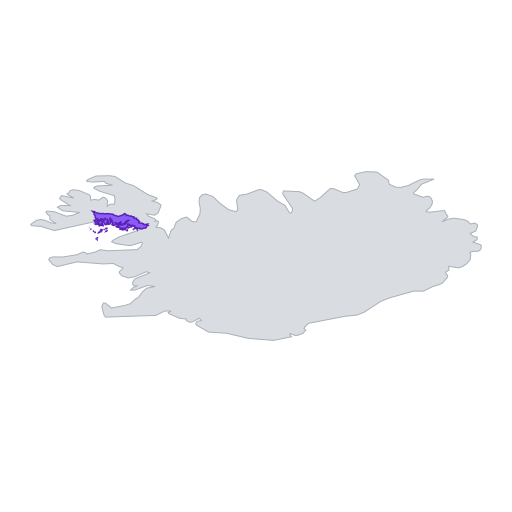 location of Reykhólahreppur, Vestfirðir, Iceland
{"feature_id": "244011B19971250001035", "entity_name": "Reykhólahreppur", "entity_type": "district", "adm_level": 2, "iso_a3": "ISL", "parent_name": "Iceland", "parent_adm1": "Vestfirðir", "projection": "robinson", "projection_center": [-22.458, 65.5], "detail": "fine", "context": "in_parent", "style": "filled", "palette": "violet", "viewbox_px": 512, "rotation_deg": 0, "n_neighbors": 0, "source": "geoboundaries", "source_scale": "gbopen_adm2", "svg_char_len": 9392}
<svg xmlns="http://www.w3.org/2000/svg" viewBox="0 0 512 512"><path d="M395.9,187.2L400.6,187.4L408.1,185.6L418.8,180.3L423.4,179.1L434.0,179.1L421.5,184.2L417.0,189.9L413.6,192.6L413.7,193.9L423.0,197.3L427.3,196.2L429.3,196.6L431.1,198.2L432.5,201.4L431.9,204.7L429.5,208.1L426.1,210.9L426.7,211.7L429.6,212.2L444.5,210.5L446.4,214.6L447.9,216.0L447.5,217.3L441.9,221.7L448.7,219.0L454.2,218.2L463.8,219.6L467.8,221.2L470.3,224.0L475.0,223.1L477.3,224.7L477.5,226.4L475.7,231.1L470.2,233.4L473.8,236.8L476.7,236.8L477.3,237.6L477.1,239.6L472.9,242.0L480.3,244.6L481.3,245.6L481.0,248.6L479.9,250.3L477.9,251.3L472.7,251.4L469.6,252.6L470.8,254.5L470.1,259.8L466.3,264.1L462.6,266.4L458.9,267.9L448.5,266.3L449.1,270.0L445.5,272.3L446.3,274.3L447.7,275.2L447.2,277.7L442.7,282.8L439.5,284.5L432.9,286.5L423.5,291.1L413.7,291.1L390.0,297.7L380.7,301.4L364.2,312.2L357.1,315.0L344.9,316.3L308.2,323.4L304.2,327.7L304.1,328.6L305.8,330.2L303.1,333.2L297.6,335.4L294.9,335.4L290.3,333.6L289.7,334.4L291.6,336.7L273.6,340.4L248.5,338.4L226.2,333.2L208.5,332.1L196.0,324.8L195.7,323.7L197.0,321.5L201.4,320.5L199.3,318.3L191.8,322.2L189.4,322.1L186.2,320.5L186.1,319.0L179.8,318.4L169.0,313.7L168.2,312.7L170.7,311.2L170.2,310.9L164.4,311.1L155.9,315.4L105.6,317.1L103.9,314.8L101.8,306.5L103.5,302.9L105.6,303.2L111.5,308.0L125.0,305.4L130.5,303.6L135.5,299.0L138.4,297.5L142.5,291.8L146.6,288.2L155.1,286.5L147.5,285.5L134.8,290.1L130.6,290.1L132.5,288.1L136.9,285.8L133.9,285.7L132.7,284.6L132.6,282.5L134.8,279.0L149.7,272.8L146.2,271.7L135.9,276.4L128.3,278.0L122.2,275.9L119.2,273.0L119.4,271.7L123.0,268.0L122.4,267.3L120.0,266.9L113.3,263.5L102.8,263.9L76.9,261.9L57.3,266.6L52.6,264.4L48.7,259.7L49.6,257.9L53.0,256.9L62.6,257.0L76.7,254.8L83.1,252.0L85.6,252.7L86.8,254.0L95.4,252.0L100.1,249.7L107.8,250.8L137.1,249.6L140.9,246.6L142.4,243.0L141.7,242.2L131.0,245.5L128.5,245.5L116.1,243.7L111.6,241.8L113.1,240.2L119.6,236.7L136.4,231.0L138.7,229.9L139.0,228.5L132.3,226.1L119.7,226.7L116.5,223.8L106.1,222.1L99.1,223.2L95.4,221.5L54.3,230.6L41.0,226.4L31.6,225.7L30.7,224.4L36.3,220.4L40.1,219.6L43.9,220.0L51.2,222.8L56.2,223.7L49.9,219.6L49.7,215.6L47.7,214.6L45.9,212.0L46.7,211.1L54.2,211.7L66.2,216.2L72.1,215.4L79.8,212.5L62.6,210.8L57.4,207.2L61.1,205.4L70.0,205.6L60.2,199.4L59.7,198.3L61.4,195.6L73.8,198.0L67.3,194.3L67.1,193.5L69.0,192.8L70.0,190.6L73.1,189.7L79.3,190.5L89.0,194.7L90.4,195.9L90.7,200.2L94.5,199.5L99.1,200.1L102.8,197.2L105.4,197.9L107.5,200.5L107.2,206.3L109.9,204.3L114.4,204.1L115.1,199.4L114.2,195.6L99.5,191.2L93.7,188.0L94.4,186.9L97.2,186.0L112.6,185.2L106.0,183.3L104.4,181.4L92.7,182.1L86.8,181.4L86.7,180.4L89.1,178.9L96.1,176.0L109.6,175.7L115.0,176.5L125.4,183.0L133.7,185.7L147.7,194.5L156.7,197.9L157.1,198.8L155.6,199.8L152.2,201.0L157.5,202.5L160.8,204.8L161.0,205.8L158.1,212.9L154.8,215.2L146.5,213.9L148.5,216.2L154.4,218.6L155.8,219.9L154.9,221.2L157.7,220.8L158.6,221.6L157.4,225.6L155.9,227.1L160.8,227.9L164.3,229.9L168.5,238.1L170.6,231.8L171.8,229.5L173.8,228.6L176.1,222.3L181.6,218.5L186.8,217.1L192.2,221.5L196.0,222.0L199.9,214.1L200.3,208.4L199.0,202.0L199.6,197.5L202.2,194.8L205.7,194.0L213.1,196.7L219.5,203.0L228.9,209.8L235.4,211.5L236.6,211.3L237.7,209.1L236.5,200.1L239.4,195.3L247.0,194.1L258.5,189.7L261.2,189.5L267.0,192.1L277.5,201.1L285.0,205.4L289.0,212.1L290.8,213.3L292.3,211.2L292.4,208.3L283.0,194.3L282.8,192.5L283.6,190.9L299.6,191.7L303.2,193.2L314.6,201.2L319.9,197.9L330.3,188.5L334.0,188.8L343.3,192.7L347.0,192.3L357.5,188.9L359.6,184.6L354.6,175.7L356.4,173.8L366.3,171.6L377.0,172.1L388.5,180.3L389.2,184.2L395.9,187.2Z" fill="#d9dde1" stroke="#a8b0b8" stroke-width="1"/><path d="M148.1,225.4L147.3,224.9L147.8,224.1L143.9,224.7L143.5,224.4L143.6,223.9L142.2,223.2L139.1,223.1L138.8,222.1L139.5,221.5L138.3,220.6L138.0,219.8L136.5,219.6L136.6,218.3L133.9,218.1L133.7,217.7L134.0,217.0L131.8,216.5L131.3,216.0L129.3,216.0L127.9,215.2L126.3,215.5L126.3,214.7L125.1,213.7L124.1,213.7L123.6,214.6L118.4,216.5L113.9,215.1L113.1,214.6L113.1,214.3L107.6,213.6L105.5,213.9L103.1,213.5L101.2,213.7L96.5,212.9L94.5,211.7L92.6,211.4L94.3,213.0L94.0,214.3L95.4,215.9L95.1,216.9L95.4,217.9L96.2,218.6L96.3,219.7L94.2,220.3L95.0,221.1L95.1,221.6L94.8,221.9L95.5,222.3L98.0,220.8L97.6,218.9L98.1,219.1L98.4,219.9L100.8,220.3L98.0,222.3L98.2,222.5L97.5,223.3L97.1,223.3L96.7,223.4L97.3,223.3L96.8,223.9L98.1,223.7L97.4,223.9L97.4,224.0L97.6,223.9L98.4,223.9L98.3,223.7L97.8,223.6L98.1,223.5L98.6,223.7L98.4,223.9L98.8,223.8L98.2,224.2L99.5,224.0L101.0,224.3L100.6,224.6L101.5,224.9L101.1,225.2L100.5,225.2L100.2,225.4L101.0,225.4L100.7,225.5L101.1,225.4L101.4,225.2L103.0,225.8L103.3,225.6L102.1,222.9L102.3,221.8L101.0,220.0L101.2,219.9L101.0,219.7L100.9,218.8L102.1,219.0L102.9,219.7L105.2,218.5L105.1,219.2L103.3,221.1L104.6,224.0L105.4,224.4L105.0,224.6L106.4,224.6L107.2,224.0L106.7,223.8L106.7,223.0L107.5,221.7L107.4,220.7L106.8,219.7L107.1,219.2L107.5,219.4L107.5,219.9L108.3,221.1L108.5,222.2L108.1,223.1L108.5,223.9L109.6,223.9L110.6,223.1L110.8,222.5L110.6,221.8L110.9,221.7L110.2,220.7L110.4,219.8L109.8,218.9L110.2,218.1L110.8,219.1L111.7,219.9L111.2,220.6L112.0,220.9L112.3,222.0L112.9,222.6L112.7,223.6L112.8,223.9L112.4,224.1L112.7,224.7L112.3,224.8L113.2,225.4L112.9,225.5L114.1,225.3L116.0,224.5L116.1,224.2L115.6,223.9L115.7,223.5L115.3,222.8L116.3,223.0L116.7,223.3L116.6,223.9L117.3,224.2L118.3,223.2L120.1,222.5L120.6,221.8L120.9,221.8L121.0,222.5L120.6,223.1L118.6,223.9L118.7,224.2L119.8,224.5L123.0,224.1L124.4,223.3L126.3,221.0L128.5,220.2L128.9,220.4L127.0,221.4L126.3,222.3L126.6,222.7L124.4,224.3L122.5,224.9L119.4,225.0L117.7,225.5L116.4,226.5L117.1,226.6L116.6,226.8L117.2,227.2L119.4,227.4L120.7,228.4L121.3,228.3L121.1,228.8L122.2,228.6L121.8,229.0L122.8,228.8L122.8,229.3L123.9,229.2L123.7,229.6L124.0,229.7L124.3,229.2L125.5,228.8L125.7,228.3L125.3,228.2L125.9,228.0L126.5,227.0L127.4,226.8L127.4,226.2L128.1,225.8L128.0,224.7L127.6,224.3L128.0,224.0L129.5,224.5L129.5,225.3L130.5,226.3L130.2,227.0L131.6,226.9L131.7,225.9L131.2,225.4L132.2,225.2L133.3,225.5L133.5,225.7L133.2,225.9L133.7,225.9L133.4,226.1L133.9,226.0L134.5,226.9L136.0,227.4L136.0,227.8L134.6,228.4L134.1,229.0L135.2,228.4L136.6,228.5L136.4,228.4L137.5,228.1L140.1,228.4L140.1,228.8L142.3,228.9L142.3,229.2L142.5,228.7L143.4,228.3L145.0,227.9L145.6,228.1L146.6,226.7L146.6,226.0L148.1,225.4ZM95.8,232.3L95.1,232.2L94.2,232.5L95.8,232.3ZM105.4,229.1L106.9,228.4L106.1,228.6L105.4,229.1ZM99.1,232.2L98.7,232.3L98.5,232.7L99.0,232.6L99.1,232.2ZM128.8,227.6L128.5,227.5L128.1,227.9L128.3,228.0L128.8,227.6ZM120.7,228.7L120.3,228.8L120.2,229.0L120.6,229.0L120.7,228.7ZM98.3,224.0L97.7,224.0L97.4,224.1L96.9,224.1L97.4,224.1L98.3,224.0ZM97.8,224.4L97.6,224.2L97.2,224.4L97.8,224.4ZM121.0,228.5L120.2,228.4L120.3,228.5L121.0,228.5ZM90.5,229.2L90.3,229.2L90.9,229.3L90.5,229.2ZM127.7,229.6L127.3,229.9L127.5,229.9L127.7,229.6ZM98.2,237.7L97.2,237.8L97.0,238.0L98.2,237.7ZM133.0,229.5L133.6,229.0L132.8,229.6L133.0,229.5ZM102.6,229.6L102.3,229.7L102.0,229.9L102.3,229.9L102.6,229.6ZM107.3,231.0L106.9,231.0L106.0,231.2L107.3,231.0ZM101.4,230.9L101.8,230.7L101.4,230.7L101.4,230.8L101.4,230.7L101.2,230.9L101.4,230.9ZM93.2,231.3L94.0,230.9L92.9,231.3L93.2,231.3ZM125.6,229.6L125.3,229.7L125.7,229.6L125.6,229.6ZM120.4,228.3L120.0,228.2L120.2,228.3L119.9,228.2L120.1,228.4L120.4,228.3ZM101.2,229.5L100.7,229.5L100.6,229.8L100.7,229.6L101.2,229.5ZM102.4,229.9L101.9,230.0L102.4,229.9ZM104.8,229.4L104.3,229.6L104.8,229.4ZM110.0,224.0L109.6,223.9L109.4,224.1L110.0,224.0ZM127.9,228.3L127.7,228.3L127.9,228.3ZM122.1,229.4L122.2,229.2L121.9,229.3L122.1,229.4ZM97.5,240.0L97.8,239.9L97.4,239.9L97.5,240.0ZM106.0,231.2L106.6,230.9L106.1,231.0L106.0,231.2ZM123.2,229.7L123.5,229.5L123.2,229.5L123.2,229.7ZM126.0,228.4L126.2,228.2L125.7,228.6L126.0,228.4ZM98.2,224.3L98.6,224.2L98.9,224.1L98.2,224.3L98.2,224.3ZM134.5,228.4L134.1,228.7L134.5,228.4ZM95.4,224.1L95.6,223.9L95.2,224.0L95.4,224.1ZM127.9,228.1L127.6,228.2L127.9,228.1ZM100.1,232.0L100.0,231.8L99.9,232.1L100.1,232.0ZM116.9,225.9L116.5,225.9L116.9,226.0L116.9,225.9ZM99.2,232.4L99.5,232.0L99.1,232.3L99.2,232.4ZM103.6,229.6L103.9,229.5L104.1,229.3L103.6,229.6ZM126.9,230.5L126.5,230.7L126.9,230.5ZM99.2,226.0L99.3,225.8L98.8,226.0L99.2,226.0ZM109.4,224.0L109.0,224.1L108.9,224.1L109.2,224.1L109.3,224.1L109.4,224.0ZM137.1,229.3L137.1,228.9L137.0,228.7L136.8,228.6L136.6,228.5L137.1,229.3ZM133.0,225.8L133.1,225.7L132.9,225.8L133.0,225.8ZM89.3,227.5L88.9,227.5L89.3,227.5ZM106.5,228.8L106.7,228.6L106.3,228.8L106.5,228.8ZM105.1,228.6L105.5,228.4L105.8,228.2L105.4,228.4L105.1,228.6ZM96.1,223.9L95.8,223.9L96.1,223.9ZM121.3,229.6L121.6,229.4L121.2,229.6L121.3,229.6ZM133.5,229.2L133.8,229.0L133.5,229.2ZM99.9,232.0L99.6,232.2L99.9,232.0ZM132.8,225.6L133.1,225.6L132.8,225.6ZM101.4,231.9L101.7,231.8L101.9,231.7L101.4,231.9ZM126.9,230.8L126.8,230.7L126.6,230.9L126.9,230.8ZM107.4,230.4L107.5,230.3L107.2,230.4L107.4,230.4ZM101.6,230.6L101.5,230.4L101.4,230.6L101.6,230.6ZM125.6,228.9L125.4,229.0L125.5,229.1L125.6,228.9ZM95.2,224.6L95.6,224.5L95.2,224.6ZM132.8,229.9L133.0,229.8L133.3,229.6L132.8,229.9ZM91.1,229.1L90.9,229.2L91.3,229.2L91.1,229.1ZM127.8,229.7L128.0,229.7L127.8,229.7ZM106.7,228.2L107.2,228.0L107.4,227.8L106.7,228.2ZM89.8,230.5L89.6,230.5L89.8,230.5ZM95.3,232.5L95.4,232.4L95.0,232.6L95.3,232.5Z" fill="#8b5cf6" stroke="#5b21b6" stroke-width="1.5"/></svg>